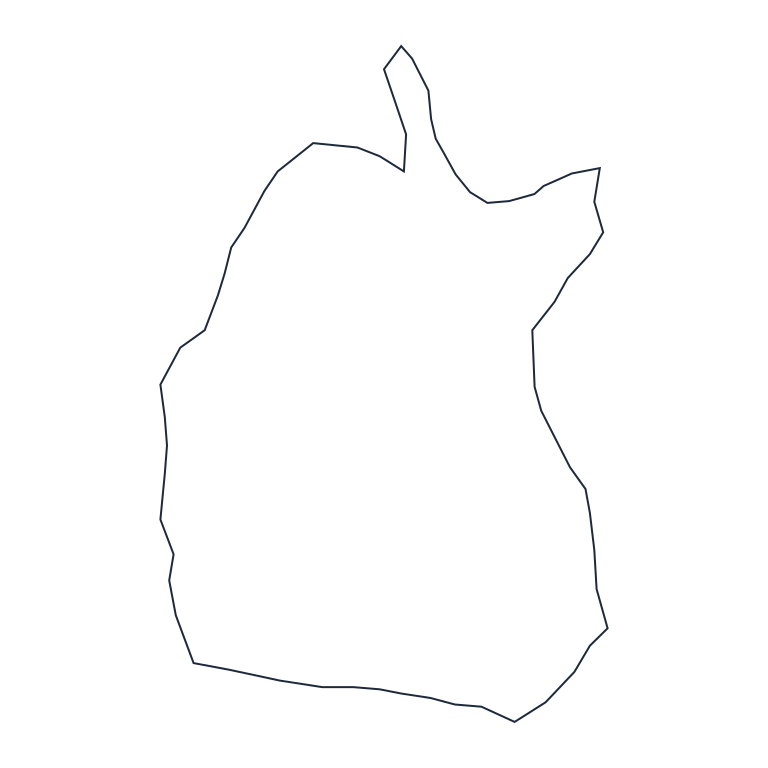 Gypsou, Cyprus
{"feature_id": "46923920B91151164993764", "entity_name": "Gypsou", "entity_type": "district", "adm_level": 2, "iso_a3": "CYP", "parent_name": "Cyprus", "parent_adm1": "", "projection": "robinson", "projection_center": [33.795, 35.283], "detail": "fine", "context": "isolated", "style": "outline", "palette": "slate", "viewbox_px": 768, "rotation_deg": 0, "n_neighbors": 0, "source": "geoboundaries", "source_scale": "gbopen_adm2", "svg_char_len": 949}
<svg xmlns="http://www.w3.org/2000/svg" viewBox="0 0 768 768"><path d="M401.2,46.1L384.0,69.2L395.1,101.8L406.1,134.4L403.9,171.4L379.6,156.2L357.4,147.5L313.2,143.1L277.7,171.4L264.4,191.0L244.5,227.9L231.2,247.5L224.6,273.6L217.9,295.4L204.7,330.2L180.3,347.6L160.4,384.6L164.8,417.2L167.0,445.5L164.8,473.8L160.4,519.5L173.6,554.3L169.2,580.4L175.8,615.3L193.6,663.1L229.0,669.7L279.9,680.6L322.0,687.1L353.0,687.1L379.6,689.3L401.7,693.6L430.5,698.0L454.9,704.5L481.4,706.7L514.6,721.9L545.6,702.3L574.4,671.9L589.9,645.7L607.6,628.3L596.6,589.1L594.3,550.0L589.9,513.0L585.5,489.0L570.0,467.3L558.9,445.5L541.2,410.7L534.6,386.8L532.3,330.2L554.5,301.9L567.8,278.0L589.9,254.1L603.2,232.3L594.3,201.8L599.8,168.1L571.7,173.5L559.9,178.8L543.6,186.0L534.5,194.0L509.1,201.1L487.4,202.9L470.1,192.2L455.6,174.4L443.8,153.0L435.7,138.7L431.1,119.1L428.4,90.6L418.4,71.0L412.1,58.6L401.2,46.1Z" fill="none" stroke="#1e293b" stroke-width="2"/></svg>